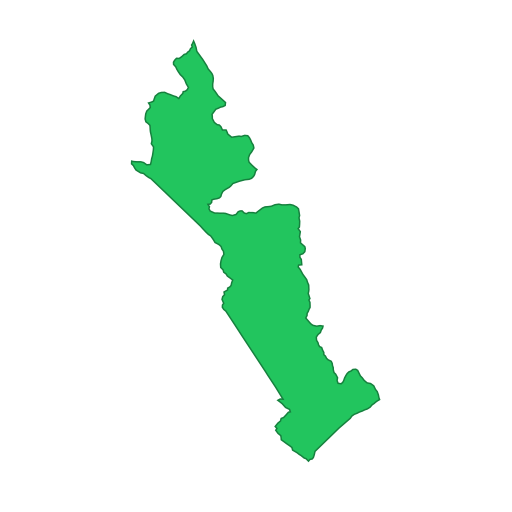 the district of Presidente Bernardes, São Paulo, Brazil, rotated 129°
{"feature_id": "56859067B75920371032685", "entity_name": "Presidente Bernardes", "entity_type": "district", "adm_level": 2, "iso_a3": "BRA", "parent_name": "Brazil", "parent_adm1": "São Paulo", "projection": "natural_earth1", "projection_center": [-51.643, -22.106], "detail": "fine", "context": "isolated", "style": "filled", "palette": "green", "viewbox_px": 512, "rotation_deg": 129, "n_neighbors": 0, "source": "geoboundaries", "source_scale": "gbopen_adm2", "svg_char_len": 4791}
<svg xmlns="http://www.w3.org/2000/svg" viewBox="0 0 512 512"><g transform="rotate(129 256 256)"><path d="M382.0,89.5L382.4,86.1L380.2,86.1L378.4,84.6L376.5,84.6L373.7,85.7L370.7,87.2L337.3,83.2L322.9,80.6L320.1,80.8L317.2,80.0L314.6,78.5L312.1,77.4L309.7,75.9L307.1,74.7L304.9,73.3L301.7,72.2L298.5,72.1L296.3,71.4L294.4,71.1L292.2,70.5L289.8,69.6L288.7,71.4L286.9,73.5L285.1,76.5L284.5,79.2L282.8,82.8L283.0,86.7L284.7,89.8L284.6,93.7L283.8,96.8L283.5,99.4L282.3,102.0L280.9,105.0L281.2,107.2L283.2,109.3L285.6,109.8L287.6,110.9L290.0,111.2L292.4,110.9L295.0,110.4L297.7,109.4L299.5,109.1L301.7,109.4L303.3,112.1L301.7,114.7L299.3,116.0L297.7,119.7L297.5,122.0L295.8,124.3L294.1,125.8L293.0,127.6L291.5,129.2L290.5,131.3L291.3,134.7L291.1,136.9L290.1,139.0L290.0,141.2L288.3,142.6L287.3,144.9L285.8,147.4L286.4,149.5L285.7,151.5L284.4,153.2L283.4,155.9L281.1,158.1L277.9,158.4L275.0,157.8L272.5,158.7L270.2,158.9L268.3,159.8L269.8,162.4L272.4,164.7L274.1,168.3L274.2,170.9L273.7,173.8L272.9,178.3L270.1,178.9L268.4,180.2L266.2,180.5L264.2,181.2L262.0,181.6L260.5,182.8L258.1,184.9L256.9,187.2L255.2,187.3L253.4,190.0L252.3,191.8L250.5,192.7L248.9,193.7L245.4,196.8L244.1,199.3L242.5,201.7L241.6,204.9L240.7,208.3L239.8,210.4L238.6,213.3L238.0,216.3L236.3,217.2L234.0,214.9L230.1,218.7L229.4,221.1L227.4,222.7L224.8,221.0L221.9,220.8L219.2,222.4L218.0,224.0L217.8,229.7L215.5,231.4L213.7,234.3L211.8,235.4L209.2,236.9L208.2,240.5L206.2,240.5L203.9,242.1L201.4,244.0L199.3,246.6L197.1,247.6L194.5,250.5L192.6,252.7L192.4,255.3L193.2,259.2L194.6,262.0L197.5,265.0L200.0,268.1L201.3,270.8L204.2,273.5L207.7,275.4L209.7,277.3L212.2,279.9L214.7,281.2L219.7,282.4L222.8,283.1L224.1,285.5L226.9,289.1L229.0,290.0L230.0,292.0L229.7,295.2L231.0,296.7L232.8,297.7L236.2,297.6L239.4,299.8L240.5,302.1L242.1,306.5L243.2,308.2L245.5,311.0L247.0,313.1L248.6,315.0L249.9,319.9L248.9,322.3L247.0,323.2L246.1,325.9L244.5,324.3L242.3,324.2L240.2,325.6L238.5,324.6L235.9,322.3L233.8,321.0L231.9,320.8L229.5,321.8L226.7,322.4L224.1,321.8L221.4,320.8L219.7,320.1L217.6,319.7L214.2,319.6L208.2,315.9L203.7,312.6L200.7,309.6L198.4,308.3L195.8,308.0L193.7,308.3L190.4,309.7L188.2,309.7L188.3,311.8L188.0,316.3L187.5,320.3L186.3,322.0L184.3,323.7L181.1,324.8L177.7,324.9L173.4,325.6L171.5,328.0L170.7,330.5L169.2,333.2L168.2,335.6L167.7,338.1L169.4,340.7L172.3,342.6L173.5,344.6L176.0,346.9L179.0,349.6L179.0,351.9L179.0,354.6L177.8,356.7L176.9,358.5L179.2,361.4L177.6,364.6L177.3,366.9L178.4,368.9L178.4,372.5L176.7,376.4L174.9,377.9L173.6,379.3L167.2,379.6L164.7,378.2L162.7,377.3L160.7,375.7L158.4,374.7L155.9,376.3L155.5,383.8L155.4,386.3L154.7,388.5L153.8,391.6L153.2,394.4L151.8,396.1L149.6,397.9L147.2,399.3L144.8,401.0L142.9,403.2L142.0,405.0L141.4,407.3L140.7,411.0L139.2,414.0L136.7,421.4L136.1,423.8L135.4,426.3L134.2,430.8L131.6,433.9L129.4,437.5L128.2,439.8L130.9,439.0L132.6,438.8L133.7,437.0L136.0,437.4L138.4,436.8L140.7,437.4L142.6,437.3L144.6,438.7L147.5,439.1L150.8,440.0L152.4,442.2L155.0,442.4L157.3,442.1L159.0,440.6L159.5,437.4L160.7,435.0L161.6,432.6L162.7,429.0L163.0,425.5L164.0,422.1L166.1,418.4L167.5,414.6L170.0,414.1L172.4,414.6L174.1,416.0L175.7,415.2L179.2,415.5L182.2,415.1L182.5,418.4L183.5,420.8L184.6,424.4L185.5,426.8L186.3,430.0L188.5,432.5L190.9,434.1L195.2,434.9L197.8,434.0L200.1,433.1L202.2,434.1L204.7,435.8L205.5,433.3L207.2,431.6L209.5,431.8L212.1,432.1L215.0,431.1L217.6,429.5L219.3,428.4L221.0,426.0L220.9,423.4L221.2,420.7L222.6,419.3L224.4,417.7L226.0,416.1L227.9,413.7L230.4,410.7L232.1,409.2L234.6,408.0L235.7,404.3L238.0,402.6L241.2,400.7L243.5,399.4L246.1,398.3L248.7,396.8L251.3,395.6L253.9,398.3L254.1,402.1L255.3,404.8L257.6,407.6L259.6,410.5L260.5,412.3L262.7,410.7L262.9,408.1L263.8,406.1L264.7,403.4L264.3,400.3L264.0,398.0L262.6,395.3L262.7,392.0L262.5,388.8L262.0,386.3L267.7,318.0L268.3,314.4L268.9,310.0L269.2,306.6L268.9,303.9L269.6,301.2L270.4,298.6L271.3,296.3L270.7,293.5L270.4,291.4L270.6,289.1L272.0,286.9L272.7,284.4L274.9,282.0L278.6,281.5L281.7,280.2L284.5,278.6L287.1,276.2L287.5,272.8L288.9,270.9L288.8,267.8L289.6,265.7L289.3,259.0L292.0,258.1L294.6,256.8L296.6,256.9L298.8,257.8L300.3,256.7L304.1,258.2L305.9,256.1L308.5,256.3L311.1,255.1L313.1,251.3L315.2,251.2L317.0,249.9L317.8,247.5L317.8,244.8L319.4,239.7L322.6,229.7L326.8,216.8L336.3,187.0L340.1,175.1L341.2,171.9L345.6,158.1L350.3,144.8L351.9,147.2L354.4,148.2L354.3,145.8L354.3,142.6L355.1,137.7L354.1,133.4L355.5,131.2L357.0,132.5L360.4,132.6L364.2,132.9L366.4,134.2L368.9,133.1L371.9,133.8L373.9,133.8L376.4,133.8L376.8,131.2L379.0,131.0L380.0,127.2L380.0,123.7L381.3,122.2L382.9,120.7L382.7,117.3L382.6,114.3L382.3,110.7L382.2,107.6L383.8,105.4L383.4,102.8L383.0,100.1L383.0,97.6L382.7,95.4L382.7,91.5L382.0,89.5Z" fill="#22c55e" stroke="#15803d" stroke-width="1.5"/></g></svg>